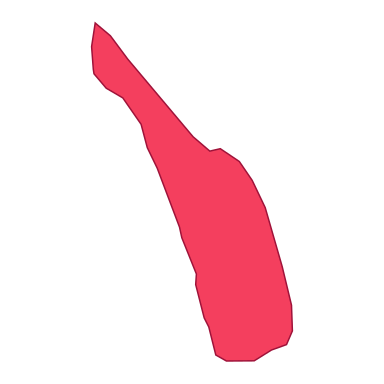 the district of Unanu, Federated States of Micronesia
{"feature_id": "79324940B35725319521289", "entity_name": "Unanu", "entity_type": "district", "adm_level": 2, "iso_a3": "FSM", "parent_name": "Federated States of Micronesia", "parent_adm1": "", "projection": "mercator", "projection_center": [150.339, 8.753], "detail": "fine", "context": "isolated", "style": "filled", "palette": "rose", "viewbox_px": 384, "rotation_deg": 0, "n_neighbors": 0, "source": "geoboundaries", "source_scale": "gbopen_adm2", "svg_char_len": 502}
<svg xmlns="http://www.w3.org/2000/svg" viewBox="0 0 384 384"><path d="M95.2,23.0L91.6,46.6L93.3,69.3L94.0,73.8L106.2,88.2L122.8,97.9L141.1,124.3L147.3,147.7L157.2,168.1L179.5,227.1L181.8,237.7L196.4,274.0L195.7,284.6L204.2,317.9L208.8,327.0L215.8,355.0L226.4,361.0L254.2,360.8L271.5,350.0L286.5,344.6L292.4,330.9L291.5,305.2L282.2,266.6L265.2,207.6L252.2,180.4L239.3,161.5L220.3,148.7L209.8,151.1L193.1,136.8L127.8,59.2L110.4,35.8L95.2,23.0Z" fill="#f43f5e" stroke="#9f1239" stroke-width="1.5"/></svg>